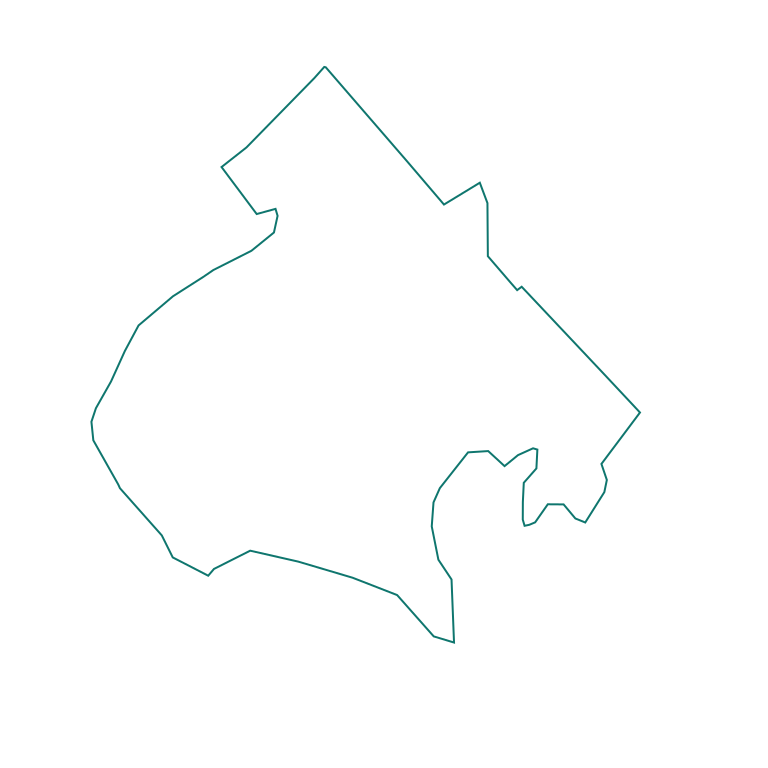 the district of Bronx, New York, United States of America, rotated 28°
{"feature_id": "52423323B44038614744637", "entity_name": "Bronx", "entity_type": "district", "adm_level": 2, "iso_a3": "USA", "parent_name": "United States of America", "parent_adm1": "New York", "projection": "mercator", "projection_center": [-73.846, 40.852], "detail": "fine", "context": "isolated", "style": "outline", "palette": "teal", "viewbox_px": 768, "rotation_deg": 28, "n_neighbors": 0, "source": "geoboundaries", "source_scale": "gbopen_adm2", "svg_char_len": 981}
<svg xmlns="http://www.w3.org/2000/svg" viewBox="0 0 768 768"><g transform="rotate(28 384 384)"><path d="M567.2,579.4L535.4,524.9L514.5,513.6L493.0,487.3L483.3,465.3L482.2,449.7L490.3,404.9L507.5,394.3L529.0,399.9L535.7,383.9L545.8,370.8L550.2,369.9L558.2,387.0L553.8,405.6L562.0,423.0L570.2,438.6L574.7,443.2L578.4,440.1L582.4,435.2L585.1,413.3L599.1,406.0L616.1,412.9L626.7,411.8L629.3,376.0L625.8,364.1L613.5,352.5L623.4,289.0L575.2,272.5L459.9,233.5L457.5,238.6L448.3,235.1L415.7,222.4L390.4,175.7L374.1,161.3L352.7,197.4L299.7,176.5L183.9,131.7L182.4,132.1L178.7,147.3L178.6,147.5L151.5,239.7L138.7,268.7L191.8,293.7L206.0,280.3L211.1,285.5L215.7,301.9L204.4,328.6L179.8,363.5L174.2,374.2L156.5,405.6L139.8,447.5L139.7,476.5L141.8,509.9L141.0,540.6L143.4,554.7L153.8,570.2L196.4,597.4L199.8,600.0L258.9,622.0L278.9,636.3L318.8,635.8L320.7,627.1L344.1,594.0L391.6,581.1L447.2,569.8L494.7,564.2L546.4,583.5L567.2,579.4Z" fill="none" stroke="#0f766e" stroke-width="2"/></g></svg>